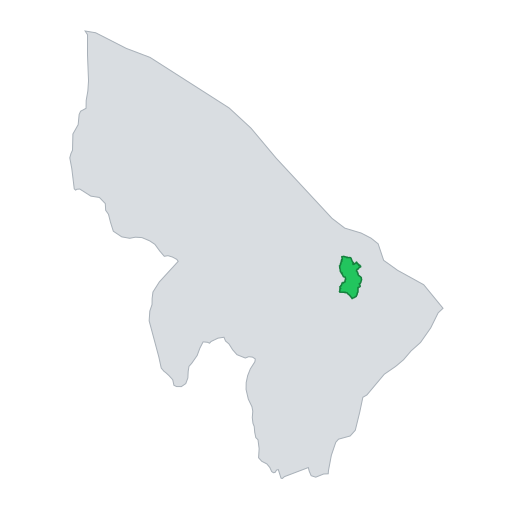 location of Todee, Montserrado, Liberia, rotated 181°
{"feature_id": "62588387B18343621802172", "entity_name": "Todee", "entity_type": "district", "adm_level": 2, "iso_a3": "LBR", "parent_name": "Liberia", "parent_adm1": "Montserrado", "projection": "natural_earth1", "projection_center": [-10.474, 6.631], "detail": "fine", "context": "in_parent", "style": "filled", "palette": "green", "viewbox_px": 512, "rotation_deg": 181, "n_neighbors": 0, "source": "geoboundaries", "source_scale": "gbopen_adm2", "svg_char_len": 5967}
<svg xmlns="http://www.w3.org/2000/svg" viewBox="0 0 512 512"><g transform="rotate(181 256 256)"><path d="M68.1,207.0L72.9,202.3L80.1,187.1L90.0,172.4L99.3,163.8L106.7,154.8L114.5,148.0L125.7,140.0L142.7,119.0L146.7,116.6L149.5,102.0L153.7,83.5L158.7,77.7L170.3,74.3L173.0,71.1L177.2,58.0L179.8,42.8L180.0,39.5L184.6,39.2L192.4,35.9L197.0,37.3L199.0,41.7L200.0,45.4L223.7,35.9L225.8,34.0L227.1,34.3L230.0,42.9L231.7,42.3L233.2,39.9L234.8,39.6L236.6,40.8L238.5,44.8L241.5,48.3L246.6,50.8L249.9,54.3L249.5,63.4L250.8,72.3L253.0,74.4L254.2,79.7L254.8,85.5L256.1,88.6L256.9,94.4L256.5,100.7L257.4,105.2L261.2,112.8L263.6,122.4L263.6,129.3L262.2,136.4L259.7,143.0L255.3,150.2L254.9,153.0L257.6,154.8L261.5,155.2L264.9,153.8L273.3,157.0L277.7,161.8L281.5,167.6L285.0,170.5L286.6,174.2L292.6,173.2L299.5,169.7L300.9,168.0L303.0,168.9L307.4,169.2L310.5,162.9L313.1,155.5L318.4,147.6L321.1,144.5L321.8,139.4L322.0,132.9L324.0,127.2L328.4,124.1L333.2,124.1L335.8,125.3L337.1,130.8L341.0,135.0L344.3,137.9L346.0,139.1L348.8,142.3L351.4,153.4L361.7,189.3L361.2,199.1L359.1,205.6L359.1,211.9L358.4,218.2L352.2,228.4L333.7,249.3L335.1,251.2L339.5,253.5L344.0,254.8L347.7,254.1L352.4,259.4L357.3,265.9L362.6,269.3L370.3,272.4L376.9,272.7L382.6,271.5L390.6,272.8L399.1,278.3L402.1,287.3L404.2,295.1L407.1,299.1L407.6,305.8L413.6,311.8L422.2,313.0L433.4,319.9L436.3,319.6L437.5,318.7L438.9,320.0L441.7,340.2L443.9,350.9L442.8,355.2L441.3,358.6L441.2,374.8L436.1,384.2L435.3,394.4L433.9,397.7L428.5,400.7L428.5,408.6L427.0,418.1L426.5,428.2L428.0,454.6L428.3,474.3L430.8,478.0L420.2,476.4L389.3,461.3L365.4,452.7L285.4,403.5L263.2,383.7L237.6,354.2L180.7,295.0L167.7,285.4L151.3,280.8L141.2,275.8L134.1,270.3L128.3,253.9L114.1,244.1L87.8,230.2L68.1,207.0Z" fill="#d9dde1" stroke="#a8b0b8" stroke-width="1"/><path d="M170.1,256.8L170.0,255.7L169.9,255.5L169.7,254.9L169.8,254.5L169.7,254.5L169.7,254.2L169.8,254.1L170.3,253.9L170.4,253.7L170.4,253.4L170.3,253.1L170.2,253.0L170.1,252.9L170.2,252.7L170.2,252.4L170.1,252.2L170.3,251.9L170.5,251.9L170.7,252.0L170.7,251.9L170.8,251.5L170.8,251.3L171.1,250.5L171.0,249.8L171.3,249.8L171.4,249.7L171.4,249.8L171.4,249.7L171.5,249.6L171.5,249.2L171.5,248.5L171.8,248.0L171.9,247.9L172.2,247.6L172.3,247.5L172.2,247.4L172.1,247.1L172.0,246.8L172.0,246.7L172.0,246.3L172.1,246.1L172.1,245.8L172.1,245.7L172.0,245.4L171.9,244.9L171.7,244.5L171.6,244.4L171.6,244.0L171.6,243.7L171.5,243.4L171.5,243.1L171.5,242.6L171.4,242.3L171.4,242.1L171.3,241.9L171.1,241.7L170.9,241.4L170.7,241.2L170.6,240.9L170.4,240.4L170.2,240.2L170.0,239.9L169.8,240.0L169.7,240.1L169.6,239.6L169.4,239.2L169.3,238.9L169.1,238.6L168.7,237.9L168.6,237.5L168.5,237.4L168.4,237.2L168.2,237.1L168.1,236.8L167.6,236.7L167.3,236.6L167.0,236.5L166.9,236.5L166.5,236.4L166.4,236.4L166.3,236.0L166.3,235.9L166.2,235.6L166.1,235.4L166.0,235.0L166.0,234.9L166.1,234.5L166.2,234.4L166.0,234.1L166.3,233.7L166.5,233.2L166.6,232.6L166.6,232.4L166.4,232.1L166.4,231.9L166.5,231.7L166.9,231.6L167.1,231.4L167.3,231.4L167.5,231.3L167.8,231.1L168.1,230.7L168.5,230.9L168.6,230.6L169.0,230.6L169.3,230.4L169.5,230.4L169.6,229.8L169.8,229.3L169.8,229.2L170.0,228.9L170.0,228.7L170.1,228.3L170.1,228.1L170.4,227.9L170.6,227.8L170.5,227.6L170.7,227.4L170.8,227.3L170.9,227.2L171.0,226.9L171.3,226.8L171.3,226.7L171.6,226.5L171.4,226.2L171.4,225.9L171.4,225.6L171.4,225.4L171.5,225.2L171.4,224.9L171.3,224.7L171.2,224.7L171.5,224.3L171.6,223.5L171.4,223.3L171.4,223.2L171.4,222.9L171.7,222.4L171.9,222.0L171.7,221.8L171.4,221.5L171.4,221.3L169.9,221.3L169.0,221.3L168.2,221.3L166.2,221.3L166.2,220.9L165.8,220.9L165.7,220.9L165.0,220.9L164.6,220.9L164.4,220.9L164.1,220.5L164.0,220.3L163.8,220.1L163.4,219.7L163.1,219.4L162.6,219.1L162.1,218.7L161.5,218.2L161.1,217.6L160.9,217.4L160.8,217.2L160.6,217.0L160.2,216.5L159.9,216.3L159.8,216.2L159.6,215.9L159.4,215.5L159.3,215.4L159.2,215.3L159.2,215.2L158.9,215.2L158.8,215.3L158.7,215.5L158.1,215.8L157.8,215.9L157.3,216.0L156.8,216.4L156.2,216.7L155.6,217.1L155.3,217.2L155.1,217.4L155.1,217.5L154.9,218.1L154.6,218.5L154.4,218.9L154.4,219.1L154.2,219.5L154.2,219.9L154.1,220.1L154.2,220.3L154.2,220.6L154.1,220.8L153.7,221.3L153.4,221.8L153.4,222.1L153.5,222.5L153.4,223.9L153.4,224.0L153.5,224.4L153.5,224.7L153.6,224.8L153.4,225.2L153.4,225.8L153.5,226.0L153.4,226.1L153.3,226.3L153.2,226.5L152.9,226.6L152.2,226.7L151.8,226.9L151.7,227.0L151.5,227.3L151.3,227.5L151.3,227.8L151.5,228.2L151.5,228.3L151.6,228.6L151.8,228.9L152.0,229.4L152.2,229.7L152.2,229.9L152.2,230.1L151.4,230.3L151.3,230.7L151.2,230.9L150.9,231.1L150.8,231.3L150.7,231.7L150.6,232.3L150.4,232.8L150.3,233.0L150.2,233.6L150.1,234.0L150.0,234.5L150.3,235.2L150.3,236.1L150.4,236.3L150.8,236.7L151.2,237.1L151.7,237.4L151.9,237.6L152.0,237.6L152.3,237.9L152.7,238.1L153.0,238.2L153.1,238.5L153.3,238.7L153.5,238.9L153.8,239.3L153.6,239.8L153.6,240.0L153.8,240.3L153.9,240.5L154.1,240.7L154.1,241.1L154.1,241.5L154.7,242.1L154.9,242.3L155.2,242.7L155.3,242.8L155.3,243.0L155.1,243.2L154.9,243.6L154.9,243.9L154.9,244.2L154.7,244.5L154.4,244.7L154.0,244.6L153.7,244.8L153.4,245.0L153.2,245.4L153.1,245.7L152.9,246.0L152.3,246.4L151.9,246.5L151.8,246.9L151.6,247.2L151.4,247.2L151.2,247.2L151.2,247.6L151.6,247.9L151.8,247.9L152.0,248.1L152.0,248.4L152.3,248.4L152.5,248.5L153.0,248.4L153.0,248.8L153.2,248.7L153.3,248.9L153.4,249.1L153.6,249.3L153.7,249.7L153.9,250.0L154.0,250.0L154.5,250.1L154.8,250.3L154.9,250.6L155.0,250.8L154.9,250.8L154.9,251.2L155.3,251.6L155.5,251.6L155.7,251.1L156.5,250.5L157.4,249.8L157.5,249.6L158.4,249.3L158.8,249.3L159.0,249.7L159.0,250.0L158.9,250.6L158.5,250.9L158.8,251.3L159.2,251.7L159.5,252.1L159.7,252.4L159.8,252.6L160.2,253.5L160.3,253.8L160.7,254.9L161.3,255.9L162.1,256.1L163.2,256.0L163.7,256.0L164.4,256.0L164.5,256.1L164.6,256.3L165.2,256.0L165.6,256.5L166.4,256.7L166.5,256.7L167.5,256.8L167.7,257.0L167.8,257.1L168.1,257.2L168.8,257.1L169.6,256.8L170.1,256.8Z" fill="#22c55e" stroke="#15803d" stroke-width="1.5"/></g></svg>